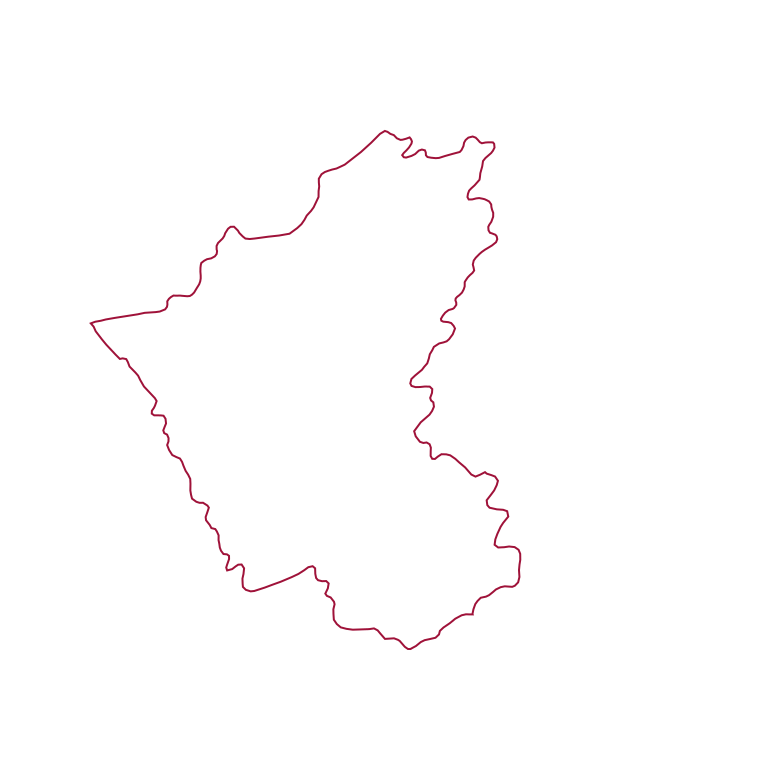 Kapyl, Minsk, Belarus (Robinson projection), rotated 319°
{"feature_id": "67162791B49789732024983", "entity_name": "Kapyl", "entity_type": "district", "adm_level": 2, "iso_a3": "BLR", "parent_name": "Belarus", "parent_adm1": "Minsk", "projection": "robinson", "projection_center": [27.145, 53.093], "detail": "fine", "context": "isolated", "style": "outline", "palette": "rose", "viewbox_px": 768, "rotation_deg": 319, "n_neighbors": 0, "source": "geoboundaries", "source_scale": "gbopen_adm2", "svg_char_len": 5410}
<svg xmlns="http://www.w3.org/2000/svg" viewBox="0 0 768 768"><g transform="rotate(319 384 384)"><path d="M402.4,516.8L397.0,515.5L392.3,513.9L390.5,509.6L390.5,500.2L389.3,492.5L388.7,487.2L387.2,481.3L384.8,477.9L381.3,474.7L377.0,474.1L373.3,474.0L371.3,472.1L372.0,468.9L375.4,465.1L377.6,462.8L378.9,459.4L377.8,456.1L375.0,454.3L373.2,451.2L373.6,444.3L375.8,439.4L386.6,437.0L392.9,437.0L398.2,437.0L402.6,435.9L406.8,433.9L409.2,430.2L408.7,427.3L409.7,424.8L414.4,422.2L417.1,419.5L416.8,416.0L413.3,412.8L409.2,409.9L405.7,407.0L403.5,403.5L404.2,400.8L408.0,398.2L413.0,398.0L421.9,398.2L425.7,397.4L430.2,396.8L434.7,394.1L438.1,391.6L442.5,390.2L446.0,388.7L452.3,389.6L456.1,391.6L459.3,392.9L462.5,392.9L468.5,391.6L474.0,388.7L474.7,385.8L474.7,382.1L473.1,379.5L469.6,375.8L468.8,373.8L469.7,372.2L473.3,371.0L477.0,370.3L481.3,370.6L485.1,372.4L486.7,372.6L490.5,371.7L491.9,370.0L492.8,367.7L494.2,366.5L496.4,366.2L499.2,366.4L502.8,366.2L506.2,364.9L508.9,363.3L510.4,361.6L511.7,360.1L513.3,359.5L517.1,358.5L520.3,358.2L523.7,358.2L526.5,357.5L528.2,354.5L529.4,352.1L532.7,349.7L536.1,348.9L541.5,348.5L544.4,348.5L548.4,348.9L551.7,349.5L556.4,350.3L561.6,350.5L564.5,349.0L565.9,346.5L566.0,344.5L564.2,341.0L563.2,339.4L563.7,336.6L565.8,333.8L567.9,332.9L571.4,332.0L576.1,329.4L578.7,326.5L579.9,323.3L581.2,320.8L582.7,318.8L583.1,315.3L582.3,313.1L581.2,310.6L580.0,308.9L577.8,306.1L575.3,304.4L571.7,302.6L569.0,300.3L569.6,297.7L572.2,295.5L575.1,293.9L578.1,293.6L582.7,293.5L590.1,292.5L592.0,290.9L595.0,288.1L600.9,284.2L605.0,280.7L608.8,280.0L611.7,280.0L616.4,280.0L619.3,279.4L622.5,278.1L624.7,275.0L624.7,273.1L621.5,270.2L619.0,268.3L615.8,266.5L615.0,264.4L615.0,260.9L614.8,258.2L613.3,255.4L609.3,253.4L605.7,253.4L602.8,254.4L600.0,256.6L596.0,258.3L593.4,258.6L587.1,255.5L579.7,252.0L573.9,249.5L571.2,247.5L568.0,244.1L565.7,241.2L565.7,238.9L567.4,236.7L568.2,234.5L566.4,231.9L563.4,230.7L558.4,230.9L554.4,229.9L549.2,227.6L547.7,225.8L547.9,223.2L550.5,222.6L554.2,222.4L558.1,221.9L562.4,220.6L564.2,219.3L565.0,217.0L565.1,214.7L561.6,213.4L558.3,211.8L556.6,210.6L554.9,207.0L554.7,202.6L552.9,199.4L552.1,196.0L551.0,194.2L550.7,193.6L545.1,192.6L532.6,193.5L518.8,193.8L505.8,193.1L498.3,192.7L494.0,191.5L489.5,190.2L485.5,188.1L481.8,186.5L478.4,185.2L474.5,184.7L469.5,186.3L467.1,189.1L464.7,192.4L461.2,195.5L457.3,199.9L446.8,204.5L442.5,205.5L436.2,206.2L431.7,207.9L426.6,209.2L420.8,209.4L411.3,208.6L402.2,203.1L393.3,196.9L381.9,189.4L377.8,186.5L374.8,183.3L374.2,179.9L373.9,175.1L374.4,172.4L374.0,166.9L371.3,164.7L368.2,164.5L363.1,166.0L360.5,167.5L357.7,168.3L354.4,168.5L351.2,168.7L348.2,170.0L346.0,172.6L345.2,174.2L343.0,176.1L340.1,176.7L336.0,175.8L332.3,173.7L329.2,173.0L325.5,172.8L323.8,174.0L321.7,175.9L319.1,178.8L316.8,181.9L314.9,184.1L312.6,186.0L309.9,187.5L305.3,188.9L300.7,190.4L297.6,190.6L295.2,190.2L293.1,188.7L289.9,185.4L287.9,183.3L285.3,181.2L283.1,179.1L280.2,178.6L277.6,178.6L274.7,179.4L272.6,182.0L270.8,183.4L267.8,184.1L262.3,182.2L258.8,179.9L250.1,173.3L243.8,169.8L233.6,163.4L224.2,157.5L216.4,152.8L211.8,150.5L207.0,147.6L202.5,145.9L202.5,150.2L201.0,155.1L200.4,165.1L200.2,172.2L200.7,185.8L201.1,191.8L203.6,193.2L205.8,196.1L205.1,199.3L203.4,203.9L203.9,212.2L203.9,216.4L202.6,221.2L201.2,228.4L201.8,244.4L201.2,247.7L197.0,250.1L194.6,251.1L191.3,251.9L189.3,254.0L190.0,256.9L192.3,258.9L194.9,261.2L196.8,263.3L196.3,266.9L193.6,270.8L190.4,272.4L187.0,274.2L185.9,276.9L187.1,279.9L185.9,283.5L183.6,286.0L180.3,287.8L178.5,292.8L177.6,298.7L179.4,303.0L181.1,306.4L180.5,310.3L179.1,313.9L177.3,319.4L176.7,323.9L175.5,328.5L172.5,332.3L168.0,337.3L165.7,341.0L163.9,344.6L165.1,349.8L166.8,352.6L169.5,354.9L171.0,359.9L170.7,362.4L166.5,364.9L162.1,367.4L160.3,370.1L160.0,376.0L159.2,379.5L161.5,382.8L161.1,385.7L159.9,389.7L156.7,393.3L154.9,396.5L152.8,399.7L151.6,402.9L151.3,407.0L153.7,409.5L154.3,412.0L152.2,414.5L147.1,417.4L144.5,419.0L143.3,421.8L148.0,424.1L152.2,424.3L155.4,424.7L158.1,426.8L157.5,431.3L153.3,435.2L149.5,438.0L146.2,442.1L144.4,444.6L144.7,448.7L147.3,453.0L150.3,455.1L160.4,459.4L168.4,462.4L176.4,465.5L187.7,469.2L194.8,471.2L201.6,472.2L206.7,472.6L210.6,474.7L211.1,477.9L207.6,482.2L205.5,485.9L205.5,488.8L207.9,492.2L211.1,494.8L211.4,498.2L207.5,501.4L202.2,503.7L201.9,506.4L203.7,510.1L203.4,515.5L202.2,517.8L198.0,520.8L195.0,524.4L191.5,529.0L190.9,534.3L191.7,539.3L195.0,544.1L199.2,548.9L205.1,553.7L211.9,559.2L216.1,561.9L217.6,565.8L217.5,569.9L217.5,577.0L221.4,580.0L224.7,582.5L226.7,586.2L227.3,588.2L227.3,591.9L227.3,596.0L228.2,599.7L230.0,601.3L236.2,602.7L242.5,602.9L246.6,604.0L251.7,606.8L256.4,609.3L261.2,609.1L264.2,607.0L269.2,606.8L276.7,607.7L283.8,607.9L290.9,609.5L294.8,611.6L297.5,614.1L299.7,616.0L299.8,615.7L303.7,612.7L308.5,610.0L312.3,609.1L316.8,608.8L321.5,611.4L324.8,612.3L329.9,612.5L333.7,612.5L338.8,613.9L342.4,615.9L345.0,618.5L347.7,621.2L350.4,622.1L355.1,621.7L359.6,618.5L363.8,613.0L367.9,609.1L371.5,606.1L375.4,601.5L376.8,597.4L375.6,592.8L371.8,588.7L367.6,586.0L362.9,582.3L362.0,577.9L366.1,574.3L371.2,571.5L378.3,568.3L382.8,567.0L390.8,565.6L393.5,560.8L391.4,557.1L386.9,552.6L382.5,546.6L382.5,543.2L385.2,539.1L392.3,537.7L397.3,536.6L402.7,534.3L406.5,531.8L407.1,526.7L405.3,523.3L402.7,519.0L402.4,516.8Z" fill="none" stroke="#9f1239" stroke-width="2"/></g></svg>